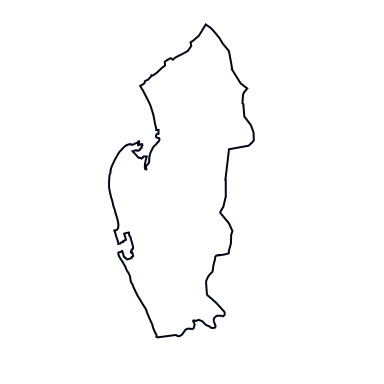 Kota Lhokseumawe, Aceh, Indonesia (orthographic projection), rotated 229°
{"feature_id": "22746128B88010078110453", "entity_name": "Kota Lhokseumawe", "entity_type": "district", "adm_level": 2, "iso_a3": "IDN", "parent_name": "Indonesia", "parent_adm1": "Aceh", "projection": "orthographic", "projection_center": [97.116, 5.162], "detail": "fine", "context": "isolated", "style": "outline", "palette": "ink", "viewbox_px": 384, "rotation_deg": 229, "n_neighbors": 0, "source": "geoboundaries", "source_scale": "gbopen_adm2", "svg_char_len": 5729}
<svg xmlns="http://www.w3.org/2000/svg" viewBox="0 0 384 384"><g transform="rotate(229 192 192)"><path d="M306.1,222.6L304.9,222.3L302.7,221.8L301.6,221.7L299.9,221.4L297.9,220.8L297.2,220.8L296.0,220.4L292.5,219.6L291.0,219.1L288.2,218.5L284.1,217.2L281.4,216.0L279.9,215.4L276.8,214.0L274.8,213.0L272.6,211.7L270.7,210.7L267.8,208.8L266.4,208.2L265.3,207.6L262.7,206.2L262.2,205.6L261.9,205.8L261.6,206.3L261.3,206.5L261.1,207.2L260.8,207.5L260.7,207.4L259.9,206.6L258.4,205.4L258.1,205.3L258.0,205.1L257.9,204.9L258.1,204.4L258.7,203.5L258.8,203.3L258.8,203.1L258.6,202.7L258.0,201.6L257.4,201.1L256.7,200.9L256.3,201.0L255.7,201.4L255.2,201.7L254.6,202.3L254.3,202.5L253.2,202.2L253.0,201.8L252.5,201.0L251.8,199.3L251.8,199.2L252.1,199.0L252.1,198.8L251.9,197.6L251.5,196.2L251.5,195.0L251.5,193.2L251.1,191.4L250.5,190.3L249.1,186.8L248.7,186.1L247.8,184.7L246.1,182.5L244.6,181.0L243.5,180.1L242.7,179.1L242.2,178.2L242.1,177.7L241.9,177.1L241.9,175.6L242.0,175.4L241.7,174.6L241.4,174.1L241.0,173.7L239.1,172.5L239.1,172.1L239.3,171.9L239.8,171.7L240.5,171.9L241.6,172.6L243.1,174.0L243.9,174.8L245.0,176.1L248.5,181.1L249.6,179.9L250.6,178.8L250.6,178.1L250.3,177.7L250.2,177.4L250.4,175.7L250.8,175.6L251.2,175.7L251.8,175.2L252.4,174.5L253.1,174.1L257.3,174.1L260.4,173.9L261.7,173.9L260.4,176.9L259.2,178.1L258.9,177.9L258.5,178.5L258.1,179.6L258.1,180.2L258.1,180.7L258.2,181.1L258.7,181.5L258.3,182.7L258.4,183.0L258.8,183.0L259.2,183.4L259.2,183.7L259.1,184.2L259.2,184.4L259.5,184.7L260.0,184.9L260.1,185.0L260.0,185.3L260.8,185.8L261.0,185.6L261.1,185.4L262.5,182.1L262.8,182.1L263.3,182.4L263.4,182.6L263.2,183.1L263.2,183.3L263.3,184.1L263.7,184.4L264.6,184.8L264.6,185.1L264.7,185.3L265.2,185.3L265.4,184.9L265.0,184.4L264.9,184.1L264.9,183.6L265.3,182.7L265.9,181.0L266.0,179.8L266.2,179.3L266.4,178.7L266.5,178.5L266.6,178.4L266.8,178.4L266.9,177.9L267.0,177.7L268.0,176.9L268.3,176.9L268.5,177.0L268.7,176.8L269.6,175.2L269.7,174.1L269.9,173.9L270.1,174.0L270.2,173.8L270.4,172.4L270.5,170.8L270.5,169.7L269.8,163.2L269.3,161.5L268.6,159.6L266.8,154.5L266.5,153.7L265.3,151.2L264.9,150.1L263.4,147.2L262.3,145.5L261.5,144.4L261.2,144.4L259.5,142.3L259.3,141.9L259.2,141.3L258.9,140.9L258.2,140.1L256.9,138.9L255.1,137.0L251.5,133.8L250.8,133.2L249.2,132.0L246.5,130.4L243.0,128.5L240.7,127.3L238.3,126.3L235.7,125.0L234.1,124.0L231.1,122.7L229.3,122.0L225.9,120.3L221.5,118.4L219.4,117.4L217.4,116.1L216.6,115.7L215.6,115.0L215.2,114.7L214.9,114.2L214.0,113.5L213.1,112.1L212.9,111.8L212.8,110.5L213.0,110.0L213.0,109.4L213.3,108.7L214.0,108.3L214.0,108.2L213.4,107.9L213.0,107.7L212.3,107.6L211.0,106.9L210.2,106.7L209.6,106.3L208.9,105.9L208.1,105.7L206.5,104.9L204.1,104.0L203.0,103.4L201.9,102.9L201.2,102.3L200.2,104.2L200.2,104.6L200.4,105.2L200.3,105.5L200.1,106.1L199.4,107.4L199.4,107.7L200.1,108.1L199.2,110.6L199.4,110.9L204.0,113.0L205.0,113.4L205.1,113.5L203.0,117.7L202.9,117.8L202.6,117.7L202.2,117.5L201.2,116.6L200.9,116.4L199.7,116.0L198.8,116.0L198.0,115.8L197.6,115.6L196.6,115.0L192.8,113.3L190.2,112.0L189.2,111.4L188.3,110.7L188.0,110.3L187.9,109.9L187.9,109.6L188.2,108.7L188.1,108.4L187.2,107.8L187.0,107.6L187.2,106.8L187.1,106.6L186.8,106.4L186.4,106.3L185.9,106.3L185.6,106.5L185.7,107.0L185.4,107.2L183.6,106.3L182.2,105.5L182.1,105.4L182.1,105.1L182.6,104.1L182.6,103.9L182.5,103.7L181.9,103.2L181.8,102.9L183.5,99.1L183.8,98.8L183.9,98.7L186.7,98.5L186.9,98.4L187.0,98.1L187.5,98.0L188.4,98.4L192.7,100.5L193.4,100.6L193.5,100.5L193.3,99.4L193.4,99.1L194.4,97.3L194.5,96.9L194.5,96.6L194.2,96.2L193.6,95.7L192.7,95.3L191.6,94.9L189.6,94.4L184.5,93.7L180.6,92.9L178.8,92.5L176.5,91.6L174.4,91.2L172.7,91.0L170.2,90.3L169.6,90.1L168.8,89.7L164.6,87.1L162.7,86.6L161.9,86.6L161.7,86.6L159.4,85.7L157.7,85.2L156.9,84.8L155.9,84.8L154.7,84.2L153.6,84.1L152.2,83.6L150.2,83.1L147.3,82.5L145.6,82.3L140.2,81.3L134.0,80.4L133.4,80.2L130.2,78.9L129.6,78.6L127.2,77.9L123.4,76.6L120.8,75.9L118.0,75.0L116.7,74.4L114.5,73.3L113.7,73.2L112.9,72.8L111.0,72.3L110.4,72.0L109.1,71.9L108.7,71.8L108.1,71.5L107.2,71.3L107.0,71.2L106.7,70.9L106.1,70.1L104.7,70.9L94.7,86.0L92.5,86.7L91.4,88.2L90.9,90.8L92.3,96.5L91.9,98.7L90.1,100.9L88.4,102.1L88.1,103.9L90.2,107.1L92.1,107.8L93.8,108.1L94.1,108.8L93.5,109.5L92.1,110.4L91.9,111.2L91.6,111.7L91.2,113.2L89.4,114.0L88.1,114.9L86.3,115.0L84.3,115.1L82.1,115.5L80.3,116.3L78.9,117.1L78.0,117.1L76.7,117.5L75.5,118.8L74.6,120.2L75.0,121.6L77.0,122.5L79.6,123.4L81.4,124.6L82.4,126.4L82.4,128.6L82.0,130.2L80.6,131.4L79.3,133.1L78.3,133.4L77.8,133.9L77.8,135.8L78.7,137.0L80.4,137.8L84.0,137.7L86.2,137.8L87.2,137.6L88.7,137.7L90.1,137.5L91.1,137.7L91.8,137.5L93.1,137.5L95.3,137.1L96.5,137.1L97.6,136.8L98.7,136.8L101.2,136.3L102.6,136.2L103.6,135.9L104.3,136.0L105.9,136.8L114.0,142.9L115.6,144.4L117.4,148.2L118.1,151.1L118.4,155.3L122.7,160.2L126.6,165.8L127.8,167.0L128.1,168.6L126.5,170.8L126.9,170.9L125.0,173.1L122.9,176.7L121.6,179.5L123.4,181.2L127.6,187.6L134.0,193.5L136.0,196.9L144.0,199.3L158.1,199.7L158.1,199.4L160.3,206.0L165.8,213.6L165.8,214.0L179.1,225.5L179.3,225.2L200.0,248.0L189.8,265.1L189.9,269.1L190.4,272.5L196.5,277.5L203.7,280.3L214.6,281.0L224.7,288.4L225.9,288.3L231.9,294.3L233.0,296.5L233.9,301.6L242.2,300.0L258.3,302.6L258.2,302.8L263.2,305.9L274.1,312.3L284.4,312.6L289.7,313.7L296.7,313.9L302.8,313.9L309.4,312.3L306.6,303.5L305.4,299.5L305.5,291.9L306.0,289.2L302.7,287.2L301.2,281.4L301.5,279.6L304.4,267.8L304.4,264.3L306.9,263.9L307.8,260.3L307.7,260.3L308.2,256.9L305.2,254.7L305.4,250.6L305.1,243.9L305.2,241.8L305.7,238.6L306.6,238.0L306.2,237.7L305.6,232.6L306.3,230.4L306.5,229.0L306.3,228.7L305.6,228.1L305.3,227.7L305.4,225.9L306.1,222.6Z" fill="none" stroke="#020617" stroke-width="2"/></g></svg>